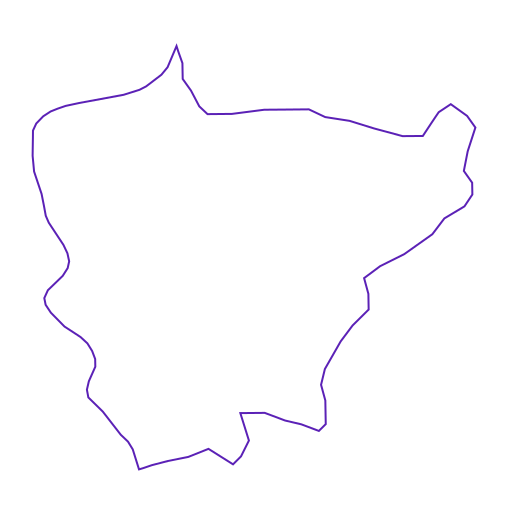 Rinsan, Hwanghae-bukto, North Korea (Natural Earth projection), rotated 89°
{"feature_id": "82179303B26506354510144", "entity_name": "Rinsan", "entity_type": "district", "adm_level": 2, "iso_a3": "PRK", "parent_name": "North Korea", "parent_adm1": "Hwanghae-bukto", "projection": "natural_earth1", "projection_center": [126.038, 38.316], "detail": "fine", "context": "isolated", "style": "outline", "palette": "violet", "viewbox_px": 512, "rotation_deg": 89, "n_neighbors": 0, "source": "geoboundaries", "source_scale": "gbopen_adm2", "svg_char_len": 1304}
<svg xmlns="http://www.w3.org/2000/svg" viewBox="0 0 512 512"><g transform="rotate(89 256 256)"><path d="M202.4,467.1L212.1,465.5L219.1,462.6L241.6,448.3L250.0,444.5L258.1,442.9L264.8,444.5L272.5,449.6L286.6,464.7L294.4,468.4L301.1,467.2L309.1,462.1L323.2,448.7L334.0,432.8L340.4,426.1L348.1,421.5L356.2,418.6L363.9,418.6L378.3,425.3L386.7,427.4L394.5,426.1L408.9,411.9L432.4,394.3L439.4,387.2L447.2,382.6L467.3,376.7L466.1,372.4L463.3,363.7L459.4,347.5L455.7,327.2L448.0,306.9L455.9,294.8L463.9,282.6L456.1,274.5L440.4,266.3L412.8,274.4L413.0,250.0L421.0,229.8L425.1,213.6L432.0,196.2L425.3,189.2L401.7,189.2L385.9,193.2L370.2,189.1L342.8,172.8L327.1,160.6L311.5,144.3L295.8,144.3L280.0,148.3L268.3,132.0L256.7,107.7L237.3,79.3L221.7,67.0L210.0,46.7L198.3,38.6L186.5,38.6L174.6,46.7L155.0,42.5L131.4,34.4L119.6,42.5L107.6,58.6L115.4,70.8L119.9,74.0L127.1,79.0L138.9,87.1L138.7,107.4L130.5,135.8L122.5,160.1L118.3,184.4L110.3,200.6L110.1,224.9L109.9,245.2L113.5,277.6L113.3,302.0L105.4,310.1L89.5,318.1L77.7,326.2L61.9,326.2L50.0,330.2L44.7,331.8L65.7,341.1L73.1,347.4L84.5,362.9L87.8,369.6L92.5,385.5L99.9,429.9L102.6,443.7L105.2,451.7L107.9,458.8L112.6,466.3L119.7,473.4L126.7,476.8L133.9,477.0L151.9,477.6L167.7,476.4L190.2,469.3L202.4,467.1Z" fill="none" stroke="#5b21b6" stroke-width="2"/></g></svg>